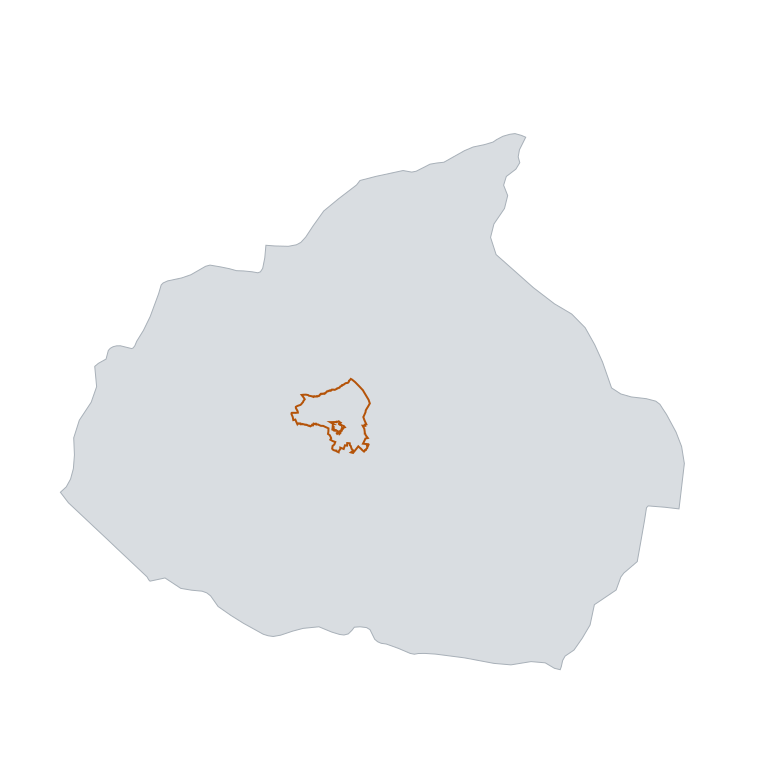 location of Gweru, Midlands, Zimbabwe, rotated 97°
{"feature_id": "62879985B38074336306054", "entity_name": "Gweru", "entity_type": "district", "adm_level": 2, "iso_a3": "ZWE", "parent_name": "Zimbabwe", "parent_adm1": "Midlands", "projection": "equal_earth", "projection_center": [29.6, -19.532], "detail": "fine", "context": "in_parent", "style": "outline", "palette": "amber", "viewbox_px": 768, "rotation_deg": 97, "n_neighbors": 0, "source": "geoboundaries", "source_scale": "gbopen_adm2", "svg_char_len": 7396}
<svg xmlns="http://www.w3.org/2000/svg" viewBox="0 0 768 768"><g transform="rotate(97 384 384)"><path d="M530.9,692.0L524.8,686.8L516.5,683.5L505.9,682.0L492.2,682.6L475.3,685.4L457.1,682.0L437.8,672.4L421.7,668.9L402.5,673.1L401.7,673.2L398.3,670.0L393.1,662.9L384.3,661.7L381.9,660.0L380.0,657.4L378.7,654.0L378.2,650.3L379.6,638.7L378.8,637.4L376.5,636.0L371.6,634.6L360.1,629.3L345.6,624.3L321.9,618.7L312.8,617.2L310.6,615.5L308.0,611.2L303.4,597.8L299.1,589.0L288.9,575.4L287.2,571.2L287.7,560.4L288.4,551.6L289.5,544.2L288.9,537.2L288.7,528.6L289.0,522.8L287.7,520.3L284.0,518.5L273.4,517.7L260.7,518.1L260.3,509.3L259.0,495.7L256.5,487.9L253.6,483.8L247.7,479.6L235.8,473.7L219.6,464.9L205.8,451.8L189.8,435.5L184.9,432.6L178.9,417.3L169.8,391.1L170.3,382.3L168.9,378.0L160.2,365.1L158.2,358.4L156.6,351.6L142.7,332.7L137.9,324.4L134.3,313.8L130.6,305.3L127.6,301.9L123.6,296.1L120.8,289.5L119.5,284.5L120.5,277.9L121.8,273.4L135.0,278.1L142.2,278.5L147.8,276.2L154.7,279.3L163.1,287.9L172.1,289.5L181.9,284.2L195.1,285.8L211.8,294.4L225.5,296.1L241.9,288.5L256.4,267.4L270.1,247.6L283.6,224.7L291.7,206.2L303.6,191.2L319.4,179.6L335.5,169.8L360.1,157.7L360.1,157.8L365.0,147.8L366.7,137.0L366.6,121.9L367.9,112.2L370.5,107.7L374.6,104.3L379.9,99.8L396.1,88.3L409.8,81.0L426.3,76.2L444.5,76.1L462.0,76.0L472.0,76.0L472.1,90.5L472.8,106.9L474.8,108.4L487.9,108.8L509.1,109.9L529.4,111.0L542.4,122.9L546.7,125.4L560.2,128.5L577.4,148.3L598.1,150.1L612.3,156.3L624.9,163.0L632.0,171.1L636.7,173.0L643.0,173.6L646.1,174.3L645.4,180.2L641.1,190.0L641.6,204.2L647.3,223.8L647.9,240.8L646.0,270.8L645.8,299.9L646.4,310.2L647.3,317.1L648.5,320.9L648.2,325.2L644.7,337.3L641.8,350.1L641.7,355.2L640.6,358.9L638.5,362.1L629.5,368.0L627.9,371.6L627.9,378.2L629.0,383.8L632.4,385.8L636.4,389.0L638.0,393.1L638.0,397.5L636.6,405.6L632.9,419.0L636.4,434.5L640.4,444.5L645.9,456.0L648.1,463.2L648.0,468.3L647.1,473.3L638.6,494.4L632.5,507.5L625.1,521.5L615.4,530.3L612.9,534.5L611.8,539.3L612.1,549.9L611.6,560.8L603.2,577.7L608.2,592.2L607.1,593.6L604.3,595.7L592.3,612.0L580.2,628.5L571.3,640.5L561.3,654.2L550.0,669.6L540.4,682.7L530.9,692.0Z" fill="#d9dde1" stroke="#a8b0b8" stroke-width="1"/><path d="M392.5,427.4L393.1,427.7L393.2,427.9L393.3,428.2L393.3,428.5L393.5,429.0L394.0,429.4L394.1,429.7L394.2,430.0L394.3,430.3L394.6,430.4L394.8,430.5L395.2,431.3L395.3,431.5L395.8,432.1L395.8,432.7L395.7,433.3L395.9,433.9L395.8,434.3L395.9,435.1L396.1,435.3L396.6,435.4L396.9,435.8L397.0,435.8L397.2,436.0L396.8,436.6L396.8,436.8L397.2,437.3L397.7,437.8L397.7,438.0L397.6,438.4L398.0,438.6L398.3,439.1L398.2,439.5L398.3,439.8L398.5,439.9L399.1,440.3L399.3,440.4L399.4,440.5L399.6,440.6L399.8,440.7L400.1,441.0L400.4,441.1L401.0,442.0L400.8,442.2L401.0,442.3L401.0,442.5L401.1,442.8L401.1,443.0L401.0,443.3L401.2,443.5L401.3,443.8L401.2,443.9L401.3,444.3L401.2,444.5L401.3,444.9L401.3,445.2L401.4,445.5L401.5,445.5L401.8,445.3L402.0,445.5L402.2,446.0L402.4,446.3L403.0,446.5L403.2,446.8L403.4,446.8L403.5,446.8L403.6,447.0L403.9,447.2L404.0,447.3L404.0,447.5L404.1,448.0L404.2,448.5L404.4,448.7L404.2,448.8L404.1,449.0L404.4,449.4L404.4,449.7L404.4,449.8L404.7,450.2L404.8,450.4L404.8,450.9L404.9,451.2L404.8,451.3L404.6,451.7L404.6,451.8L404.7,452.1L404.9,452.2L405.0,452.0L405.1,451.9L405.3,452.2L405.5,452.5L405.4,452.7L405.1,453.0L405.0,453.3L405.1,453.5L405.1,453.9L405.0,454.0L404.9,454.8L404.8,456.6L404.8,457.1L404.2,458.1L404.1,460.3L404.6,463.3L404.9,464.4L407.0,462.3L408.8,460.8L410.9,462.0L411.9,462.2L412.8,462.9L413.6,463.3L414.9,464.3L416.3,467.2L417.4,468.7L417.9,468.7L418.7,468.5L421.1,466.7L421.8,466.3L422.9,466.0L423.4,468.2L423.8,471.8L423.9,472.1L424.2,472.2L425.0,472.2L425.4,472.0L427.8,470.6L430.9,469.6L430.1,467.7L433.5,465.7L434.3,465.2L434.0,465.1L433.8,465.2L434.0,464.6L433.6,464.5L433.5,464.4L433.5,464.2L433.5,462.8L433.5,462.7L433.7,462.8L433.8,462.6L433.7,462.6L433.4,462.4L433.7,461.9L433.8,461.2L434.0,460.8L434.0,460.7L433.8,460.4L433.9,460.1L433.8,459.9L433.6,459.7L433.8,459.0L433.8,458.3L434.1,457.6L434.1,457.3L434.1,457.0L434.0,456.8L434.0,456.6L434.1,456.0L434.1,455.9L433.9,456.0L433.9,455.8L434.0,455.4L434.2,455.2L434.3,454.8L434.4,454.7L434.4,454.3L434.5,454.2L434.6,453.5L434.5,453.3L434.6,453.2L434.8,453.1L434.8,452.9L434.7,452.6L434.9,452.2L435.0,452.0L435.0,451.9L434.8,451.8L434.5,451.5L434.4,451.3L434.3,450.9L434.2,450.7L433.9,450.8L433.7,450.6L433.4,450.5L433.5,450.2L433.4,449.9L433.3,449.7L433.4,449.4L433.1,449.4L432.9,449.3L432.5,449.3L432.3,449.3L432.1,449.3L431.9,449.2L432.0,448.9L432.0,448.6L432.0,448.4L432.3,448.2L432.3,447.8L432.2,447.7L432.2,447.4L431.9,447.3L431.7,446.9L431.6,446.7L431.8,446.4L432.5,446.1L432.2,444.8L432.3,444.2L432.5,443.9L433.2,441.6L433.0,439.2L434.0,436.3L434.1,435.7L434.4,435.0L434.5,434.6L434.8,433.7L438.2,433.4L440.4,433.5L441.4,431.6L444.2,429.8L445.8,430.5L446.9,427.9L447.5,425.3L450.0,425.9L450.5,426.3L450.8,426.6L451.8,427.5L453.0,427.5L454.4,427.6L455.3,426.9L455.5,426.3L456.0,425.2L455.9,423.2L456.5,423.1L457.3,420.7L456.3,420.7L456.1,420.6L455.0,420.1L453.4,419.2L453.2,419.5L452.5,419.6L453.4,416.1L449.6,415.3L449.7,413.2L447.1,413.3L447.0,410.8L447.4,410.7L448.9,410.5L449.5,409.5L452.4,408.2L453.8,406.4L455.9,408.5L456.2,406.3L455.0,405.6L453.3,404.5L449.0,401.9L449.9,400.7L450.9,399.2L452.2,397.6L453.5,395.6L452.6,395.0L452.4,394.8L452.2,394.8L451.8,394.8L451.6,394.4L451.6,393.9L451.0,393.8L450.8,393.8L450.6,393.6L450.3,393.5L450.2,393.3L449.8,393.1L449.7,392.9L449.4,392.8L449.2,392.9L448.8,392.9L448.5,393.0L448.3,392.8L448.1,392.6L447.9,392.6L447.9,393.0L447.7,393.1L447.7,392.9L447.2,392.9L447.0,392.7L446.9,392.8L446.7,392.7L446.6,392.4L446.7,392.1L446.2,392.0L445.9,391.9L445.7,392.1L445.8,397.6L444.7,397.2L443.9,396.9L442.9,396.6L442.5,396.4L440.4,395.8L439.6,393.5L437.1,395.9L435.1,396.9L435.2,397.1L433.8,397.3L430.8,398.1L428.0,400.1L427.8,397.6L426.7,398.1L426.2,396.6L422.5,398.9L419.3,400.5L417.9,400.0L414.2,398.9L413.7,398.9L412.4,398.9L411.5,398.5L411.0,398.3L410.7,398.2L408.6,397.2L405.0,395.7L401.5,397.4L393.7,403.5L392.9,404.0L389.4,408.2L385.7,412.8L385.3,413.4L383.5,416.3L383.0,417.6L383.6,417.9L383.9,418.1L384.3,418.4L384.8,418.9L385.0,419.1L385.3,419.0L385.5,419.0L385.8,419.1L386.2,419.4L386.5,419.4L386.9,419.6L387.3,420.2L387.4,420.4L387.4,420.8L387.6,421.2L387.7,421.8L387.9,422.1L388.7,423.2L389.1,423.4L389.3,423.7L389.5,423.9L389.9,424.4L390.0,425.2L390.1,425.4L390.3,425.6L390.5,425.6L390.8,425.5L391.0,425.6L391.1,425.9L391.3,426.2L391.5,426.5L391.6,426.9L391.7,427.0L391.9,427.2L392.2,427.3L392.5,427.4ZM431.7,417.6L432.2,418.7L433.2,419.2L432.8,420.0L433.1,419.9L433.2,420.1L433.5,419.8L433.8,420.2L434.1,419.9L434.6,420.5L435.4,420.2L435.6,420.6L435.4,420.9L435.5,421.0L435.4,421.3L436.0,421.9L436.6,421.1L437.0,421.3L438.0,421.8L438.2,421.5L439.1,422.2L437.8,422.9L439.2,424.4L438.6,424.9L437.8,424.1L437.3,424.1L436.8,424.3L436.8,424.0L436.5,424.1L436.2,424.9L436.3,426.7L435.6,426.4L435.5,427.0L435.9,427.3L435.6,427.9L436.0,428.5L435.7,428.8L435.5,429.7L434.5,429.7L434.4,429.1L434.2,428.9L433.8,429.7L433.3,429.7L432.7,428.8L432.0,429.8L430.1,429.8L430.0,429.1L428.4,432.8L427.7,427.5L427.3,426.9L427.7,426.6L426.5,424.4L427.4,423.2L427.7,422.4L428.1,422.8L427.9,423.2L428.7,423.8L429.4,423.1L429.6,423.3L429.8,422.9L429.3,422.3L429.7,421.5L430.1,421.6L430.6,418.8L431.7,417.6Z" fill="none" stroke="#b45309" stroke-width="2"/></g></svg>